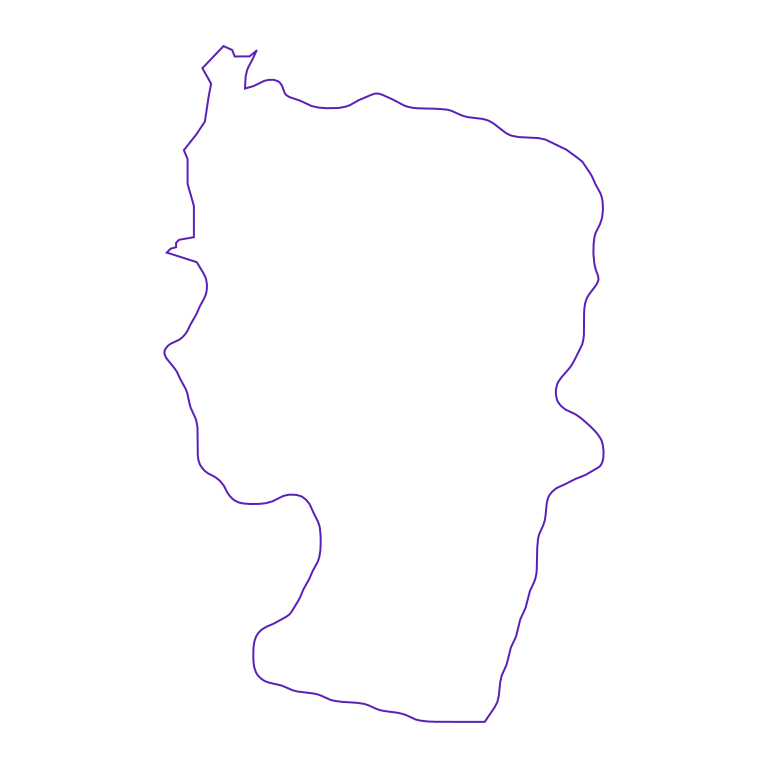 La Descubierta, Independencia, Dominican Republic
{"feature_id": "3306468B88446063992156", "entity_name": "La Descubierta", "entity_type": "district", "adm_level": 2, "iso_a3": "DOM", "parent_name": "Dominican Republic", "parent_adm1": "Independencia", "projection": "albers", "projection_center": [-71.745, 18.594], "detail": "fine", "context": "isolated", "style": "outline", "palette": "violet", "viewbox_px": 768, "rotation_deg": 0, "n_neighbors": 0, "source": "geoboundaries", "source_scale": "gbopen_adm2", "svg_char_len": 3595}
<svg xmlns="http://www.w3.org/2000/svg" viewBox="0 0 768 768"><path d="M484.7,721.9L494.3,707.8L497.3,702.2L498.8,695.7L500.2,682.3L501.6,675.8L506.6,664.6L510.9,647.5L516.1,636.4L520.3,619.3L525.5,608.1L529.9,591.1L534.2,581.9L535.6,577.7L536.5,573.0L536.8,568.2L537.2,548.6L538.0,539.0L539.1,534.4L543.3,525.1L544.6,521.1L545.4,516.7L546.7,503.4L547.7,499.1L548.5,497.0L549.4,495.2L552.0,491.9L555.1,489.2L556.8,488.0L566.3,483.6L575.5,478.9L585.4,475.0L598.9,467.1L600.4,465.7L601.5,463.9L602.3,462.1L603.3,458.0L603.6,451.5L602.8,444.8L601.5,440.4L600.4,438.3L597.9,434.5L594.9,431.0L590.0,426.0L581.2,418.3L575.7,414.4L566.0,409.8L564.3,408.7L561.1,406.0L558.5,402.8L557.5,400.9L556.7,398.8L555.9,394.4L555.9,390.0L556.3,387.8L557.5,383.4L558.6,381.4L561.2,377.6L568.8,368.9L571.6,365.2L573.8,361.4L582.2,344.5L583.3,339.9L583.9,335.2L584.1,313.1L584.4,308.2L585.1,303.5L586.5,299.0L587.5,296.9L590.0,293.2L596.4,284.7L598.1,281.1L598.5,279.2L598.0,275.7L595.5,268.9L594.2,262.6L593.4,253.4L593.6,244.1L594.4,237.3L595.6,233.0L600.1,223.9L602.1,217.7L602.9,210.9L602.9,206.3L602.6,201.8L601.8,197.3L600.4,193.2L595.4,184.1L591.9,176.2L589.7,172.6L582.3,161.6L576.8,157.3L566.4,149.7L545.5,139.6L538.5,138.1L519.0,137.1L511.9,135.8L509.6,135.0L505.6,132.8L492.9,123.0L488.8,120.8L486.7,120.0L482.4,118.9L469.0,117.3L464.7,116.4L460.7,115.0L451.4,110.8L446.8,109.6L437.2,108.8L417.6,108.3L412.8,107.8L408.1,106.9L403.9,105.4L393.0,99.6L382.1,94.7L378.7,93.6L375.0,93.6L371.6,94.7L358.7,100.2L349.8,105.2L345.6,106.7L338.4,108.0L326.0,108.2L318.6,107.6L311.5,106.0L300.4,100.8L289.0,96.9L286.0,94.8L284.9,93.4L281.9,85.5L279.8,82.6L278.3,81.4L274.7,80.1L272.7,79.8L268.6,79.9L264.4,80.8L253.5,86.1L245.0,88.5L245.6,77.0L247.0,70.4L248.6,66.6L252.5,59.4L256.1,51.5L257.0,50.2L249.6,56.4L243.6,56.4L234.7,56.5L232.2,50.0L223.5,46.1L210.5,59.7L208.2,62.1L202.4,68.2L206.1,74.8L207.6,77.4L211.1,83.8L210.6,86.4L208.6,96.8L204.9,121.5L196.3,134.5L187.0,146.2L183.9,150.1L185.2,153.4L187.6,159.2L187.6,178.3L187.6,183.9L193.9,206.0L193.9,208.1L193.9,237.2L179.0,239.8L176.1,242.8L176.1,247.2L170.6,248.7L166.8,252.6L196.8,262.2L203.7,273.7L205.5,277.5L206.2,279.7L206.9,284.1L206.9,288.6L206.2,293.0L205.6,295.1L203.9,298.9L200.0,306.0L196.5,314.0L190.3,324.8L187.6,330.6L185.3,334.1L182.6,337.1L179.5,339.6L170.6,343.8L167.7,346.0L165.5,348.8L164.7,350.5L164.4,352.3L164.6,354.4L166.2,358.0L174.3,368.0L176.9,371.8L180.6,379.7L185.6,388.8L187.2,392.8L189.5,403.6L190.7,407.8L195.8,419.0L196.9,423.6L197.5,428.4L197.8,455.3L198.4,460.0L199.9,464.5L202.1,468.0L204.9,471.0L208.1,473.4L215.4,477.2L220.1,481.0L223.8,485.7L227.6,493.0L230.0,496.3L232.9,499.2L234.6,500.4L238.5,502.4L242.9,503.4L249.7,504.0L259.0,503.9L265.8,503.2L272.3,501.4L283.3,496.0L285.4,495.4L289.7,494.6L296.4,494.9L300.7,496.1L302.6,497.1L305.9,499.6L308.6,502.8L309.8,504.5L313.3,512.3L317.9,521.5L319.4,525.8L319.9,528.2L320.6,535.5L320.7,542.9L320.4,550.3L319.2,557.5L317.7,561.8L312.8,570.8L309.3,578.8L303.3,589.6L300.0,597.6L298.0,601.2L291.8,611.4L289.5,614.4L286.3,616.7L274.2,623.4L266.6,626.7L262.9,628.8L261.2,630.0L258.3,633.0L256.1,636.5L254.5,641.1L253.7,645.8L253.4,650.7L253.3,658.1L253.6,663.0L254.4,667.8L256.0,672.3L257.0,674.2L258.3,675.9L261.3,678.8L264.8,681.1L268.9,682.6L281.5,685.5L292.8,690.3L297.5,691.5L312.2,693.3L317.0,694.2L321.2,695.7L330.6,699.9L335.2,701.0L342.4,701.9L357.1,702.8L364.2,703.9L368.5,705.3L375.9,708.7L380.1,710.2L384.9,711.1L397.1,712.7L401.8,713.7L406.1,715.1L415.4,719.4L420.2,720.6L427.8,721.5L435.6,721.8L484.7,721.9Z" fill="none" stroke="#5b21b6" stroke-width="2"/></svg>